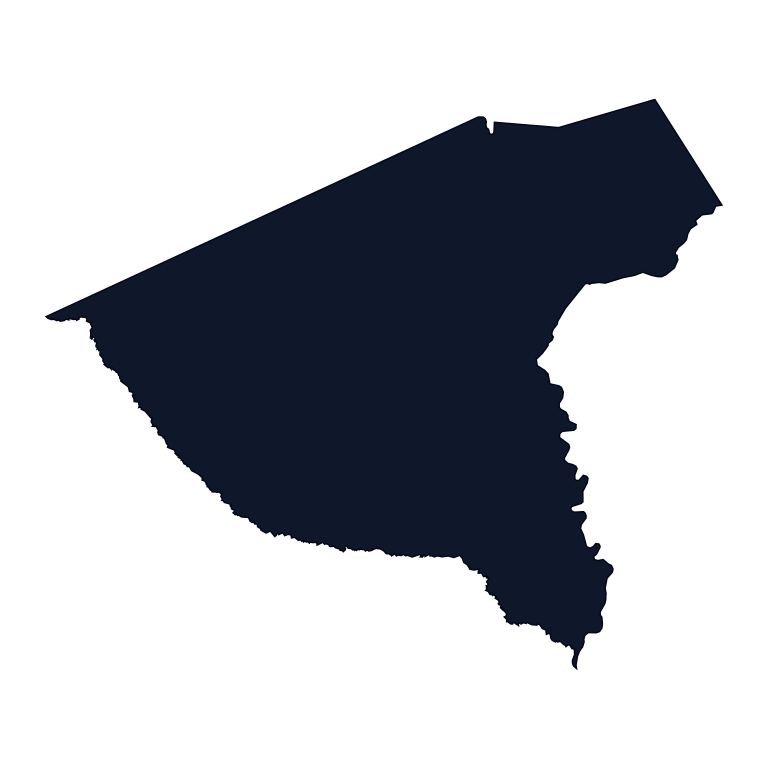 the district of Nalolo, Western, Zambia
{"feature_id": "96606910B50694573542024", "entity_name": "Nalolo", "entity_type": "district", "adm_level": 2, "iso_a3": "ZMB", "parent_name": "Zambia", "parent_adm1": "Western", "projection": "mercator", "projection_center": [22.885, -15.831], "detail": "fine", "context": "isolated", "style": "filled", "palette": "ink", "viewbox_px": 768, "rotation_deg": 0, "n_neighbors": 0, "source": "geoboundaries", "source_scale": "gbopen_adm2", "svg_char_len": 6091}
<svg xmlns="http://www.w3.org/2000/svg" viewBox="0 0 768 768"><path d="M478.3,117.0L46.1,316.6L48.0,318.3L51.4,319.5L53.9,319.3L56.9,320.6L59.0,320.1L60.2,321.2L64.4,320.5L65.7,319.1L68.9,319.9L68.8,318.4L74.1,319.5L76.4,319.0L76.7,320.3L79.0,319.1L79.0,317.8L80.6,316.9L85.6,317.3L87.0,319.1L86.6,321.2L90.0,322.6L92.3,327.4L90.4,330.5L90.9,333.8L90.4,337.9L91.8,339.1L93.0,336.9L94.8,337.6L95.1,339.2L94.1,340.0L95.0,340.7L94.8,341.6L96.9,342.2L95.9,346.3L97.4,347.9L97.1,349.1L97.8,348.8L98.8,350.4L99.3,349.5L100.2,350.4L99.9,354.9L103.0,358.6L103.0,361.1L104.8,363.5L104.1,364.5L107.9,367.6L110.0,367.5L111.0,368.8L110.9,368.0L112.5,368.0L113.4,369.1L113.0,369.5L115.6,370.9L116.2,372.1L117.6,372.3L118.7,375.2L119.4,375.4L119.9,378.5L121.0,379.0L120.8,381.1L128.4,386.9L129.5,391.4L132.6,392.2L133.6,394.6L132.4,395.2L134.1,399.4L134.1,401.5L139.0,402.1L138.7,404.2L139.4,405.3L138.7,407.5L140.2,407.2L141.4,408.3L141.3,409.2L145.0,411.0L150.7,417.6L151.9,417.9L151.2,421.9L153.2,425.3L152.4,426.2L156.4,426.6L157.6,429.2L158.6,429.6L157.9,432.2L158.6,434.6L162.7,436.2L163.3,437.8L164.4,437.6L166.6,443.8L168.1,444.7L167.6,447.3L172.9,449.4L173.4,449.0L175.5,452.1L175.0,453.2L177.8,456.0L178.8,455.5L179.4,457.2L178.8,457.5L181.6,459.2L181.3,460.1L182.1,460.0L184.1,463.8L186.0,464.4L187.4,466.6L189.4,466.5L191.7,470.6L198.6,474.3L202.0,477.4L202.6,477.0L202.1,480.1L204.7,480.9L206.3,483.3L206.3,484.5L207.4,485.1L207.2,486.7L208.4,486.9L210.1,489.7L212.2,491.0L212.0,491.7L214.3,492.0L214.9,491.2L216.0,492.2L219.3,492.1L221.9,494.5L220.8,496.2L222.5,499.1L221.8,500.3L222.7,500.2L224.4,502.4L230.3,504.1L230.3,505.9L230.9,506.6L231.2,505.7L231.8,506.9L231.4,508.7L232.8,509.6L233.9,509.3L234.3,510.1L234.4,511.3L233.1,512.8L235.3,514.7L236.4,514.0L237.7,515.4L238.6,515.0L241.5,516.9L248.5,517.4L250.0,520.9L252.0,522.3L253.9,522.2L254.6,523.9L257.3,524.2L257.6,526.7L260.8,528.7L261.0,530.1L266.1,533.0L270.3,531.0L274.8,536.5L276.4,535.1L277.0,533.3L278.5,533.6L278.8,534.6L282.9,532.7L284.6,535.6L288.0,534.4L290.2,534.6L291.3,535.6L291.5,537.9L294.7,537.3L298.3,540.3L300.5,539.8L301.7,541.1L302.7,540.3L303.4,542.0L304.7,541.2L306.2,541.9L306.6,541.1L309.4,543.0L309.7,542.0L312.8,542.6L314.1,542.5L314.5,541.7L316.9,543.2L317.1,545.1L322.8,542.3L324.6,544.2L325.8,543.8L328.9,544.5L329.2,545.8L330.3,546.5L334.2,546.2L335.2,547.6L339.7,549.1L340.1,550.3L342.4,550.6L343.2,551.7L345.3,549.8L345.5,548.7L344.7,547.9L345.5,545.8L347.1,546.2L347.4,547.5L349.1,547.8L348.8,548.3L351.2,548.5L352.7,549.9L354.6,549.7L354.8,550.3L355.7,549.6L356.6,550.4L358.1,549.0L359.2,549.8L360.0,549.2L364.4,549.7L365.4,551.0L367.5,549.9L368.7,551.0L371.6,550.4L373.1,549.6L372.4,548.9L374.9,548.9L375.4,548.3L380.1,548.8L383.6,550.7L386.2,553.6L390.0,553.8L389.9,554.5L391.3,554.8L391.5,555.8L392.3,555.4L392.5,553.9L392.9,555.0L394.6,553.7L396.4,555.9L398.1,555.1L401.1,555.5L403.4,554.4L405.6,555.8L407.6,555.3L412.2,557.0L419.4,554.5L421.4,555.5L420.4,556.9L422.3,557.1L424.0,555.0L425.1,555.1L425.1,556.5L429.3,554.2L430.1,556.0L431.8,555.7L434.2,556.9L437.5,555.9L442.2,556.8L448.3,556.0L453.8,557.5L459.8,555.3L462.6,558.7L463.7,562.3L467.4,564.9L470.0,569.3L474.1,570.0L478.4,569.2L479.2,569.8L478.7,570.6L479.2,572.0L478.3,571.8L478.3,573.2L481.6,573.0L483.5,576.6L487.4,576.2L487.9,577.6L486.9,577.0L486.6,577.8L488.7,578.4L488.6,579.1L486.6,581.9L488.1,583.8L487.7,585.4L486.4,585.9L487.2,586.4L486.4,587.8L487.1,589.4L485.8,590.3L488.3,591.5L490.0,594.4L492.2,594.6L492.6,595.3L493.3,594.2L493.3,594.9L495.4,595.6L495.5,597.2L496.0,597.1L495.4,598.3L498.1,599.9L498.9,601.3L499.1,602.7L498.2,603.8L499.3,604.8L501.2,604.8L500.5,607.6L501.2,608.3L502.1,607.9L502.0,609.2L503.1,610.2L504.1,609.9L504.4,611.5L505.2,611.5L506.6,614.2L506.1,616.1L504.3,616.9L506.7,619.4L506.7,621.7L507.7,621.6L510.9,624.0L512.6,624.0L513.2,622.6L514.1,622.6L518.5,625.5L518.3,623.9L520.4,622.5L521.0,624.0L523.7,622.7L526.1,623.5L527.1,622.4L531.5,624.6L536.9,625.1L537.6,624.1L539.8,624.6L542.3,628.5L545.9,630.0L546.4,634.3L548.5,633.4L550.5,634.2L550.7,637.8L552.1,640.2L555.4,642.0L556.2,641.0L557.8,642.0L558.1,641.3L561.1,641.8L563.1,644.1L565.4,645.3L566.0,646.6L568.1,644.8L570.1,645.3L571.9,648.6L572.9,648.4L574.4,649.7L574.6,654.5L572.4,660.8L572.6,663.5L573.6,666.0L576.5,668.5L576.0,665.2L577.4,656.4L579.4,651.3L582.5,647.0L584.1,641.8L583.7,639.7L584.7,635.5L588.2,632.6L596.3,632.7L599.6,631.5L601.9,628.0L602.4,623.6L601.8,617.2L600.3,615.1L600.1,612.1L604.9,603.3L605.6,600.2L606.0,593.4L605.1,588.2L607.0,578.2L612.3,572.2L613.0,569.1L611.5,565.6L607.9,563.7L603.2,559.6L597.8,560.6L594.4,559.6L593.6,556.7L596.5,554.1L600.0,547.2L599.9,545.8L598.8,544.0L595.8,543.6L593.4,546.5L590.2,548.2L587.0,546.9L586.1,545.2L583.4,534.9L580.5,528.5L581.3,524.5L585.9,518.2L586.1,516.0L585.1,513.1L583.5,511.7L574.3,512.2L572.0,511.2L570.9,509.6L570.8,508.1L571.9,506.4L581.3,503.4L582.9,501.8L582.8,491.4L587.1,483.1L588.0,478.3L586.6,476.3L583.4,475.3L578.8,480.6L575.8,480.2L575.0,479.4L574.7,475.3L577.1,468.6L575.9,466.3L572.7,464.6L567.8,463.4L564.6,460.4L564.2,458.2L568.8,449.8L569.5,447.1L568.8,444.5L559.5,437.5L559.7,433.8L562.2,431.3L573.9,430.2L575.9,428.5L576.1,424.6L569.3,421.4L567.9,418.0L568.0,415.7L566.0,412.2L560.8,409.3L559.3,407.4L559.1,403.6L562.6,397.7L563.3,392.0L561.3,387.3L558.8,385.8L549.9,383.9L548.0,374.0L544.7,370.4L537.2,365.6L536.2,359.3L542.6,353.0L548.0,345.6L548.2,343.2L552.0,340.1L553.3,336.9L552.0,335.1L551.8,333.0L553.2,329.2L557.2,324.1L557.8,321.1L565.4,308.2L584.8,284.1L587.0,283.2L589.7,284.2L591.3,283.3L599.0,282.4L605.3,283.1L622.6,277.7L634.6,275.3L642.7,272.2L652.2,275.5L657.9,276.6L661.5,276.7L665.8,274.8L674.4,267.9L677.8,259.9L676.9,255.3L675.2,254.5L675.2,252.4L678.4,247.3L684.0,242.7L686.4,239.7L687.8,233.7L690.4,228.7L696.8,224.4L695.4,220.6L702.0,214.8L711.7,213.6L713.0,212.3L715.6,206.1L721.9,205.1L654.8,99.5L558.7,127.6L494.4,122.3L494.0,132.1L493.1,133.9L491.9,134.5L489.7,133.8L488.4,129.2L486.4,127.7L485.8,124.5L486.4,122.2L485.4,118.8L483.1,117.1L478.3,117.0Z" fill="#0f172a" stroke="#020617" stroke-width="1.5"/></svg>